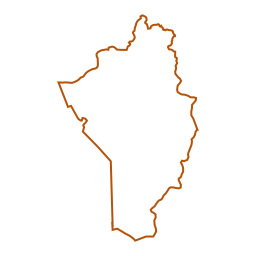 Batang Padang, Perak, Malaysia (Natural Earth projection)
{"feature_id": "92858781B72940108460655", "entity_name": "Batang Padang", "entity_type": "district", "adm_level": 2, "iso_a3": "MYS", "parent_name": "Malaysia", "parent_adm1": "Perak", "projection": "natural_earth1", "projection_center": [101.36, 4.122], "detail": "fine", "context": "isolated", "style": "outline", "palette": "amber", "viewbox_px": 256, "rotation_deg": 0, "n_neighbors": 0, "source": "geoboundaries", "source_scale": "gbopen_adm2", "svg_char_len": 3099}
<svg xmlns="http://www.w3.org/2000/svg" viewBox="0 0 256 256"><path d="M140.5,16.4L140.8,18.4L139.2,19.6L137.9,20.6L136.8,22.1L136.2,23.7L135.7,25.7L135.0,27.2L134.7,29.2L134.5,30.8L133.3,31.7L132.9,32.9L133.9,34.8L134.6,36.3L134.7,38.0L133.9,39.4L132.7,41.0L131.4,41.5L129.9,41.5L128.9,42.6L130.0,43.7L130.2,44.6L129.1,45.8L128.1,46.2L127.6,47.1L126.7,49.9L121.1,49.9L116.7,49.5L115.6,48.2L114.3,47.3L112.8,46.7L111.7,46.7L108.6,47.7L108.3,49.8L106.4,49.4L101.2,50.4L97.9,52.1L96.5,54.2L96.8,56.5L97.6,58.2L97.9,63.6L97.8,66.1L96.7,67.8L95.0,68.6L92.7,69.0L89.6,70.5L87.4,71.8L85.8,73.2L84.3,75.3L83.3,76.6L80.7,77.6L78.7,79.7L76.6,81.0L74.0,82.2L71.8,82.9L69.3,82.6L65.3,82.4L62.6,82.6L58.5,82.4L68.0,106.9L71.0,105.9L78.1,118.6L79.6,119.8L80.7,120.6L81.8,120.6L82.5,118.0L85.2,118.6L86.9,120.5L86.1,122.0L85.1,123.2L83.7,124.5L83.3,125.6L84.1,127.1L82.9,131.6L97.8,146.8L110.8,161.3L112.6,224.5L112.3,224.2L112.6,229.8L117.3,228.7L125.6,233.7L128.9,235.4L130.7,236.5L132.4,237.9L133.3,238.5L135.2,240.6L146.1,236.5L153.2,236.5L154.6,234.4L156.1,231.6L155.9,228.7L154.6,224.7L154.3,220.5L155.7,217.4L155.5,214.3L153.2,212.6L151.6,211.8L150.7,209.9L151.7,208.6L154.8,206.1L156.6,203.2L158.6,200.7L161.0,199.6L162.1,198.6L163.7,195.4L165.7,193.5L167.5,190.8L169.1,188.3L170.8,187.3L173.8,187.5L176.4,188.1L178.9,188.3L180.7,187.5L180.9,184.8L178.7,180.2L178.7,178.7L180.9,177.0L181.8,174.1L183.1,171.8L183.1,168.0L182.2,164.9L180.9,162.6L182.0,160.7L184.2,161.1L187.2,159.9L188.5,157.1L188.0,154.2L188.7,151.9L189.8,149.2L191.4,145.2L192.0,141.6L191.6,139.3L193.6,137.3L194.9,135.0L195.6,131.8L196.7,130.1L197.5,129.9L193.3,118.6L191.3,115.3L191.3,111.7L191.9,108.4L192.1,104.8L193.8,102.9L195.8,100.3L196.1,98.0L193.6,97.3L190.7,97.3L187.9,95.7L184.8,94.7L181.4,94.4L177.7,92.1L177.1,89.8L177.7,85.5L179.7,83.3L181.1,81.0L180.0,78.7L178.3,77.4L175.4,73.8L175.2,71.5L176.1,68.7L176.0,67.2L175.6,65.9L176.2,64.7L177.1,63.2L176.9,62.4L176.3,60.9L176.7,59.6L176.9,58.2L175.1,56.8L175.1,54.3L175.2,53.1L175.2,51.7L173.6,51.3L173.0,50.7L172.0,49.9L171.2,49.6L170.3,49.5L169.1,49.3L168.6,48.4L168.2,47.7L168.0,47.0L168.5,46.1L169.4,45.7L170.3,45.6L170.7,45.3L171.2,44.5L171.9,43.5L171.9,42.8L171.7,41.8L171.8,41.0L172.2,40.5L172.3,39.8L172.3,39.1L172.6,38.2L172.9,37.6L173.3,37.2L173.5,36.7L174.0,36.2L174.5,36.0L175.0,36.1L175.1,35.8L175.0,35.4L174.8,35.0L174.3,34.6L173.2,33.1L173.0,32.4L172.9,31.6L172.3,30.8L171.7,30.6L170.4,30.2L169.5,30.2L168.9,30.2L168.3,29.9L167.3,29.6L166.4,29.5L165.9,30.0L165.3,30.3L165.0,30.1L164.2,29.7L163.7,29.9L163.2,29.7L163.2,28.9L163.0,28.2L162.5,27.9L162.2,27.5L161.2,25.9L160.9,26.3L160.3,26.6L160.0,26.4L159.7,25.9L159.4,25.6L159.0,24.6L158.7,24.4L158.0,24.2L157.7,24.4L156.8,24.8L156.4,24.7L155.6,24.8L155.1,24.8L154.4,24.8L153.1,25.1L152.1,25.6L151.3,26.2L150.7,27.3L150.5,28.3L149.6,28.5L148.1,28.7L147.8,27.7L147.7,26.7L147.4,26.0L147.1,25.1L147.0,24.4L146.3,23.7L145.4,23.3L145.1,22.2L145.8,21.5L146.1,21.0L146.6,20.1L146.4,17.8L146.0,17.2L144.9,16.5L144.1,16.1L143.0,15.5L142.2,15.4L141.5,16.0L140.5,16.4Z" fill="none" stroke="#b45309" stroke-width="2"/></svg>